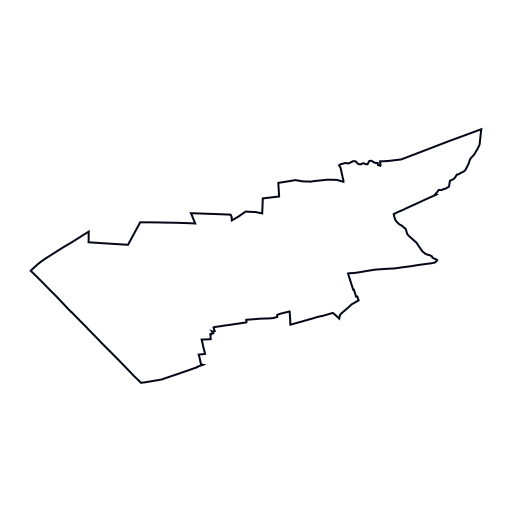 Tlaxcoapan, Hidalgo, Mexico (orthographic projection)
{"feature_id": "50627088B91573005183393", "entity_name": "Tlaxcoapan", "entity_type": "district", "adm_level": 2, "iso_a3": "MEX", "parent_name": "Mexico", "parent_adm1": "Hidalgo", "projection": "orthographic", "projection_center": [-99.215, 20.097], "detail": "fine", "context": "isolated", "style": "outline", "palette": "ink", "viewbox_px": 512, "rotation_deg": 0, "n_neighbors": 0, "source": "geoboundaries", "source_scale": "gbopen_adm2", "svg_char_len": 4594}
<svg xmlns="http://www.w3.org/2000/svg" viewBox="0 0 512 512"><path d="M30.7,270.8L34.6,274.5L43.1,283.0L51.6,291.7L55.7,295.7L69.2,310.0L70.9,311.7L71.2,312.1L71.4,312.0L71.6,312.2L72.1,312.7L72.5,313.1L75.2,315.9L76.0,316.7L77.7,318.4L79.8,320.6L85.7,326.5L86.9,327.7L88.1,329.1L95.9,337.0L102.2,343.6L103.5,344.9L107.8,349.2L114.9,356.3L120.0,361.5L126.6,368.3L134.3,376.3L139.4,381.2L141.0,382.8L145.1,382.3L156.4,380.4L161.6,379.5L168.8,377.0L173.8,375.3L178.7,373.7L182.8,372.2L188.8,370.2L189.0,370.1L192.0,369.0L195.3,367.9L197.3,367.2L197.2,366.8L197.3,366.7L203.0,364.8L201.3,364.4L201.0,364.4L200.3,361.2L199.6,357.9L198.7,354.6L201.7,354.3L205.1,353.9L203.4,347.4L202.7,343.9L201.6,339.6L210.7,339.2L210.4,334.7L211.0,334.5L210.7,333.9L213.2,333.3L212.1,331.5L212.3,331.6L214.7,331.2L213.5,327.5L213.8,327.2L214.5,327.1L216.9,326.7L218.9,326.4L219.4,326.4L222.8,325.8L226.3,325.3L228.2,325.1L231.5,324.6L232.8,324.4L235.4,324.0L239.1,323.5L240.8,323.3L240.9,323.2L243.0,322.9L244.2,322.7L245.3,322.6L246.1,322.5L246.4,322.3L246.5,321.9L246.5,321.4L246.3,320.7L246.2,319.9L246.8,319.7L247.7,319.7L251.2,319.4L254.1,319.2L259.9,318.7L263.1,318.6L269.1,318.4L269.6,318.4L273.0,318.1L276.3,317.2L277.2,317.0L277.2,315.6L277.3,314.8L279.1,314.2L280.5,313.7L282.9,313.1L285.3,312.5L287.1,312.1L287.7,311.9L288.8,311.6L289.6,311.5L289.7,312.4L289.8,313.6L290.1,318.3L290.2,319.2L290.2,320.2L290.3,322.2L290.3,322.5L290.2,323.3L290.4,324.7L295.8,323.2L298.4,322.5L299.1,322.2L299.4,322.2L300.9,321.8L303.4,321.1L305.6,320.4L305.9,320.4L310.2,319.1L310.4,319.1L313.8,318.1L317.3,317.0L320.3,316.3L321.4,316.0L321.6,316.2L325.3,315.1L329.1,314.0L332.8,312.9L334.9,314.6L335.8,315.4L339.2,318.6L340.0,315.1L341.0,313.7L344.4,310.8L346.2,309.3L348.2,307.6L351.7,304.3L354.4,302.8L358.6,300.4L357.3,296.5L356.1,296.7L353.9,289.7L353.2,289.7L351.6,284.7L348.0,273.5L349.6,273.2L352.6,273.1L356.5,272.7L363.7,271.5L367.7,270.8L372.9,270.0L375.3,269.6L385.5,268.9L394.8,268.4L403.2,267.2L410.5,266.3L418.2,265.0L431.1,263.3L432.8,263.0L434.3,262.7L434.6,262.6L435.4,262.2L437.2,260.2L436.9,259.9L436.1,259.4L434.6,258.7L432.6,257.9L432.4,257.3L431.9,256.4L431.1,255.9L429.9,255.3L428.8,255.0L427.5,254.7L426.4,254.2L425.2,253.7L424.4,253.0L422.2,251.2L421.3,249.8L419.2,246.8L418.0,245.0L417.1,243.6L416.2,242.4L415.1,241.5L409.4,236.4L407.6,234.6L406.9,232.9L406.3,230.9L405.9,229.5L405.5,228.8L404.5,227.9L403.2,226.9L402.2,225.9L401.2,225.3L399.9,224.7L398.7,223.8L396.6,221.7L396.0,220.9L395.3,219.8L394.5,217.6L393.7,214.1L395.7,213.1L399.6,211.3L402.5,210.1L403.2,209.8L403.7,209.6L404.7,209.0L406.1,208.4L408.0,207.5L410.2,206.5L412.2,205.6L413.6,204.9L414.5,204.6L415.2,204.2L416.3,203.7L417.2,203.3L417.9,202.9L418.9,202.5L419.5,202.2L420.9,201.6L422.6,200.8L425.6,199.4L428.1,198.3L429.5,197.6L430.5,197.2L431.7,196.6L432.2,196.5L432.8,196.2L433.0,196.1L436.0,194.7L435.1,194.5L436.8,192.5L438.8,189.9L441.6,190.1L443.6,189.1L445.0,188.8L446.2,188.3L449.0,186.6L449.9,180.8L453.5,179.1L455.1,177.5L456.8,174.6L458.7,174.3L460.4,173.1L463.4,171.7L465.2,170.3L466.3,168.2L467.1,166.8L467.8,165.3L468.5,163.9L469.1,162.2L469.5,160.6L470.1,159.5L470.7,158.4L471.2,157.7L471.9,157.0L473.8,155.0L477.1,149.7L479.4,145.1L479.7,143.6L481.1,130.5L481.3,129.2L449.0,141.1L421.7,151.6L401.3,159.4L388.1,161.0L380.0,161.4L380.6,165.5L380.4,165.8L379.1,165.3L378.0,165.1L377.7,163.0L375.4,162.9L374.4,162.6L373.7,162.1L372.9,161.8L372.2,161.1L371.6,160.8L371.2,160.8L369.5,161.0L369.1,161.2L368.4,162.6L367.8,163.9L367.4,164.2L366.5,164.3L365.7,164.1L364.3,163.5L363.4,163.3L361.8,163.7L361.0,164.3L360.5,164.3L359.7,164.3L359.0,164.2L358.2,163.9L357.5,163.4L357.2,163.1L356.9,162.6L356.6,162.3L355.8,161.6L355.4,161.3L355.0,161.2L354.1,161.2L353.2,161.2L352.5,161.4L349.8,162.9L349.1,163.2L348.4,163.4L347.4,163.3L346.6,163.2L345.7,163.0L345.0,163.1L342.0,163.9L340.6,164.3L340.1,164.6L339.8,164.8L339.6,165.1L339.1,165.3L340.3,167.3L340.8,168.8L341.5,172.1L342.5,176.6L342.6,177.2L343.3,179.9L343.4,180.9L343.4,181.8L336.9,179.9L329.3,179.7L327.5,179.7L313.9,181.1L310.4,181.7L308.2,181.5L302.9,181.4L295.4,180.1L291.4,180.8L278.3,182.9L279.1,196.5L262.8,198.4L262.2,213.4L257.2,212.4L256.0,212.1L245.6,211.6L238.1,216.8L231.8,220.4L231.6,216.7L230.5,214.6L229.6,214.6L214.2,214.0L191.0,213.2L195.2,223.5L189.2,223.2L180.4,222.9L172.6,222.7L164.1,222.6L157.3,222.4L140.2,222.3L128.0,244.8L108.8,243.6L88.6,242.3L88.7,231.6L70.6,243.0L63.7,247.0L58.0,250.6L49.5,256.0L46.0,258.2L42.6,260.5L38.0,264.0L35.7,266.1L34.0,267.7L32.2,269.2L30.7,270.8Z" fill="none" stroke="#020617" stroke-width="2"/></svg>